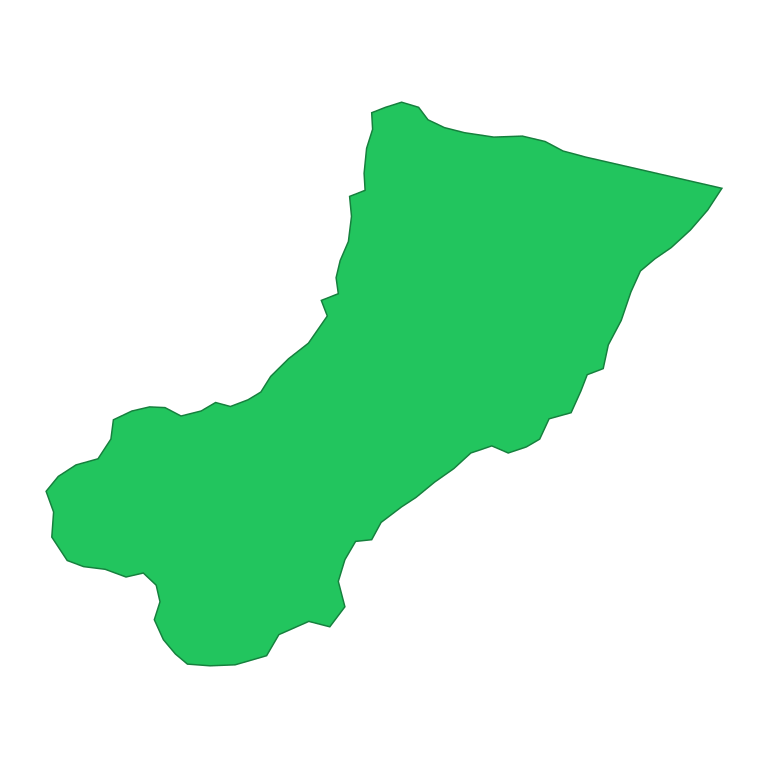 outline of Pracinha, São Paulo, Brazil
{"feature_id": "56859067B67467393678264", "entity_name": "Pracinha", "entity_type": "district", "adm_level": 2, "iso_a3": "BRA", "parent_name": "Brazil", "parent_adm1": "São Paulo", "projection": "orthographic", "projection_center": [-51.081, -21.838], "detail": "fine", "context": "isolated", "style": "filled", "palette": "green", "viewbox_px": 768, "rotation_deg": 0, "n_neighbors": 0, "source": "geoboundaries", "source_scale": "gbopen_adm2", "svg_char_len": 1216}
<svg xmlns="http://www.w3.org/2000/svg" viewBox="0 0 768 768"><path d="M270.7,376.4L260.9,392.0L248.0,399.8L230.4,406.5L215.6,402.5L201.1,411.0L181.0,416.0L165.0,407.6L149.6,406.9L131.9,411.0L113.4,419.8L110.9,439.1L98.0,458.8L76.0,464.9L58.3,476.4L46.1,491.3L53.6,512.0L51.8,537.1L67.2,560.5L83.5,566.6L105.2,569.3L126.0,577.0L143.3,573.0L156.2,585.2L160.0,601.8L154.3,619.7L163.4,639.7L175.4,654.0L187.4,664.1L210.0,665.8L235.2,664.8L266.6,655.7L278.9,634.6L308.8,621.4L329.8,626.8L344.9,606.8L338.3,581.4L344.9,559.7L355.6,541.4L371.7,539.7L381.1,522.4L401.5,506.9L416.0,497.4L434.6,482.1L453.8,468.6L470.8,453.0L491.8,445.9L508.2,453.0L526.4,446.9L539.7,439.1L549.1,418.8L571.1,412.7L580.9,391.0L587.2,374.7L603.2,368.6L608.3,344.9L621.2,320.5L630.9,292.0L640.4,271.0L654.9,258.8L671.2,247.6L690.4,230.0L707.7,210.0L721.9,188.3L585.7,157.1L563.0,151.0L545.1,141.5L522.4,136.1L493.8,137.1L464.5,132.7L444.4,127.6L428.0,119.8L418.6,107.3L401.6,102.2L385.5,107.3L371.7,112.7L372.6,129.3L366.6,148.3L364.1,173.3L365.1,190.3L349.6,196.4L351.5,216.4L348.4,241.5L340.2,260.5L336.1,277.7L338.3,293.7L321.3,300.4L327.3,316.0L308.4,343.2L288.6,358.7L270.7,376.4Z" fill="#22c55e" stroke="#15803d" stroke-width="1.5"/></svg>